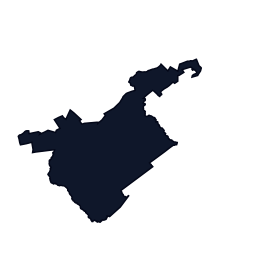 outline of Soy, Rift Valley, Kenya, rotated 233°
{"feature_id": "3690345B57881492347127", "entity_name": "Soy", "entity_type": "district", "adm_level": 2, "iso_a3": "KEN", "parent_name": "Kenya", "parent_adm1": "Rift Valley", "projection": "orthographic", "projection_center": [35.247, 0.733], "detail": "fine", "context": "isolated", "style": "filled", "palette": "ink", "viewbox_px": 256, "rotation_deg": 233, "n_neighbors": 0, "source": "geoboundaries", "source_scale": "gbopen_adm2", "svg_char_len": 5788}
<svg xmlns="http://www.w3.org/2000/svg" viewBox="0 0 256 256"><g transform="rotate(233 128 128)"><path d="M68.3,55.0L68.4,55.9L69.1,56.4L68.9,56.9L69.1,57.4L69.7,57.8L69.7,58.2L70.2,58.4L69.6,59.0L69.0,59.8L68.7,59.7L68.3,60.0L69.5,74.2L73.6,88.3L73.7,86.5L73.5,86.0L73.6,85.5L73.8,85.2L73.8,84.6L74.8,84.6L75.1,84.4L75.2,83.9L76.3,83.6L77.9,84.1L78.2,83.9L79.2,83.9L79.7,84.1L80.0,84.1L80.3,84.4L80.7,84.5L81.1,84.5L81.6,84.4L82.4,85.0L82.2,124.5L83.3,124.5L83.8,124.2L84.2,124.2L84.9,124.5L85.4,124.3L86.3,124.1L86.8,124.1L87.2,124.2L87.0,142.5L87.1,149.7L87.0,153.8L86.3,154.7L86.0,156.0L85.4,156.8L86.3,158.1L86.8,158.6L87.3,158.2L87.6,157.8L88.4,157.3L88.9,156.4L89.6,156.3L90.3,155.9L90.7,155.9L91.4,155.4L92.0,155.7L92.3,155.5L92.6,155.0L94.2,154.0L94.5,154.3L95.0,154.3L95.4,154.0L95.7,154.0L96.8,154.7L97.3,154.8L97.9,154.7L98.8,153.9L100.1,153.6L100.5,153.8L100.7,154.2L100.9,154.7L101.4,154.7L102.0,154.5L102.7,154.1L103.1,154.2L103.8,154.7L104.0,155.2L104.3,155.2L104.7,155.4L106.0,155.3L107.3,155.3L107.6,155.0L108.0,154.5L108.4,154.3L109.4,154.2L110.3,154.0L111.1,154.6L111.6,154.7L112.6,154.4L113.1,154.5L113.9,154.8L115.1,155.4L115.4,155.2L115.8,154.2L116.0,153.9L116.5,154.2L116.7,154.6L117.1,154.7L117.7,155.4L118.1,155.4L118.4,155.0L118.9,155.3L119.2,155.0L119.4,154.6L119.7,154.9L119.8,155.5L120.2,155.5L120.8,155.1L121.2,154.7L122.0,154.3L122.9,154.1L123.8,153.7L124.5,153.0L125.2,152.7L125.5,152.4L125.6,152.0L125.6,151.2L125.5,150.7L125.8,150.3L126.0,149.7L126.3,149.5L126.8,149.4L127.1,149.2L128.0,149.1L128.9,150.3L129.4,150.5L130.1,150.6L130.2,151.0L130.4,151.5L130.9,151.7L131.4,151.7L133.1,151.3L133.6,151.4L134.1,151.7L134.2,152.1L135.5,152.8L136.2,153.6L136.2,155.7L136.7,156.1L137.2,156.2L137.6,155.8L137.8,155.3L138.0,155.1L138.5,154.9L138.8,155.2L139.4,156.3L140.0,156.8L139.9,157.3L139.6,157.6L139.6,158.0L139.8,158.5L140.5,159.1L141.0,159.3L141.5,159.1L141.9,158.8L142.5,158.1L142.8,160.3L142.9,160.7L143.1,164.1L143.3,170.2L142.3,170.8L137.7,171.6L136.0,171.7L134.8,172.1L134.4,172.1L134.1,172.3L134.4,173.0L134.5,173.6L134.4,175.0L134.8,175.3L136.8,175.5L137.2,175.7L137.5,177.2L137.5,180.7L137.1,183.9L137.1,186.6L137.6,191.5L135.6,192.2L135.4,195.9L139.9,199.3L139.3,200.5L138.8,206.1L142.0,206.4L139.0,214.7L136.3,215.4L136.2,214.4L135.3,214.4L135.0,216.0L134.5,215.9L134.2,216.0L134.0,216.4L131.6,216.5L131.1,216.4L130.7,216.1L130.6,215.6L130.6,215.0L131.2,212.7L131.2,211.1L130.9,210.6L130.1,209.7L128.0,215.3L128.3,215.7L129.9,220.2L131.3,222.0L131.8,222.6L132.4,222.7L134.8,222.2L135.2,222.2L141.7,224.0L141.9,223.6L142.7,220.0L144.0,218.5L144.5,217.1L145.6,215.6L147.3,209.6L147.9,207.7L143.4,202.0L151.3,198.6L149.6,194.2L159.1,192.8L158.7,192.0L158.5,191.1L158.3,188.7L158.5,187.6L158.5,187.0L159.1,185.7L159.7,183.9L160.2,183.1L160.7,181.5L161.1,180.1L161.5,179.1L161.7,178.6L161.6,177.6L161.6,177.1L162.2,175.7L163.1,174.7L163.7,173.5L165.1,172.1L166.5,171.0L166.7,170.7L166.9,170.3L167.0,168.2L166.7,167.8L166.0,167.0L165.8,166.4L165.9,165.0L165.6,163.3L165.3,162.9L165.4,162.6L166.1,162.0L166.5,160.9L166.5,160.2L166.1,159.4L165.0,158.0L164.5,156.6L164.2,156.3L163.8,156.4L163.1,156.7L162.0,156.8L160.8,156.1L160.4,156.0L159.9,156.3L159.5,156.7L158.5,157.1L158.3,157.8L157.9,158.1L157.1,158.0L156.7,157.8L153.8,156.3L153.9,155.7L154.9,153.4L156.2,149.1L156.6,147.4L156.5,146.7L156.0,143.0L155.2,141.6L153.3,136.7L152.3,128.7L153.7,117.5L151.5,117.4L151.1,115.5L150.1,112.1L149.8,106.7L150.6,107.5L151.7,106.0L158.0,95.9L158.8,93.5L163.0,93.6L163.0,95.6L172.5,93.9L177.2,92.7L172.3,83.6L175.0,82.8L177.2,82.9L178.2,78.9L179.0,74.2L168.6,73.5L169.3,69.5L168.0,67.4L174.3,62.7L175.0,58.6L176.1,53.9L176.6,55.2L179.0,54.1L183.0,45.6L185.5,47.0L186.4,45.9L187.0,44.9L187.1,44.5L187.2,43.5L186.9,42.0L186.9,41.4L186.8,41.0L186.9,40.5L186.8,40.1L187.0,39.3L187.0,38.5L187.7,37.1L187.4,35.4L184.6,34.3L181.4,32.7L179.3,32.0L176.7,37.3L174.5,42.6L167.9,39.2L165.8,37.0L164.4,39.8L155.8,54.7L154.8,56.2L154.4,55.6L154.1,55.4L153.7,55.1L153.6,54.3L153.4,53.8L153.6,53.3L152.9,52.8L152.5,53.1L152.3,52.7L151.9,52.8L151.6,52.3L151.6,51.9L151.3,51.4L150.9,51.2L150.5,50.5L150.7,50.0L150.6,49.7L150.3,49.4L150.3,48.7L149.8,48.7L149.4,47.8L149.6,47.3L149.2,46.7L149.0,46.1L149.5,45.9L149.2,45.4L147.2,44.0L147.0,43.6L145.4,42.9L144.9,43.1L144.0,42.7L143.6,42.9L143.0,42.8L142.7,42.5L142.5,42.2L142.3,41.3L141.7,41.2L141.2,40.7L140.3,39.2L140.0,38.7L139.6,37.0L138.9,36.0L138.4,36.2L135.3,36.0L134.8,35.7L134.7,35.2L134.5,34.9L134.0,34.9L133.7,35.0L133.1,34.4L132.2,34.1L131.6,34.1L130.9,33.7L130.1,33.9L130.0,34.2L129.7,34.4L128.6,34.7L128.2,34.8L128.1,35.9L127.3,36.2L127.5,36.7L127.2,37.1L126.6,37.1L125.2,37.5L124.8,37.4L123.1,38.6L122.8,39.6L122.5,40.1L121.6,40.7L120.3,42.1L119.6,42.5L118.4,42.7L117.3,43.1L117.0,43.0L115.9,43.2L115.2,42.9L114.4,42.3L113.1,42.4L112.8,42.6L112.1,42.4L111.8,42.2L110.8,41.8L109.7,41.7L109.3,41.8L107.7,42.0L107.3,41.8L106.9,41.9L106.4,41.7L106.2,41.4L105.8,41.2L105.6,40.8L105.3,40.8L104.8,40.5L104.4,40.4L104.0,40.6L103.5,40.6L103.0,40.4L101.6,41.0L101.2,40.8L100.8,40.8L99.7,41.1L99.4,41.4L98.8,42.1L98.2,41.8L97.8,41.9L97.4,42.1L96.0,42.8L95.5,42.7L94.9,43.0L94.3,42.9L92.9,42.0L92.0,41.8L90.9,42.3L90.6,42.7L89.9,42.7L88.7,43.1L88.2,43.0L87.7,43.2L87.8,43.6L87.0,44.0L86.6,43.9L85.8,43.3L84.8,43.6L83.8,43.8L83.4,43.7L83.0,43.9L81.9,43.9L81.5,43.7L81.3,43.1L80.4,42.6L79.9,42.7L79.5,43.1L78.8,43.3L77.8,43.4L77.3,43.4L76.8,43.1L76.2,43.0L74.9,43.0L74.5,43.6L75.0,44.3L74.6,44.7L74.6,45.6L74.4,46.0L73.4,46.2L73.0,46.4L72.6,46.9L71.9,46.7L71.4,46.9L71.5,47.3L71.6,47.7L71.1,47.7L70.8,48.0L70.7,48.4L70.4,48.6L69.6,48.9L69.5,49.5L69.8,50.3L69.7,50.7L70.1,50.8L69.8,51.2L70.0,51.6L69.9,52.0L69.9,52.5L69.5,52.6L69.1,53.1L68.7,53.9L68.8,54.4L68.3,55.0Z" fill="#0f172a" stroke="#020617" stroke-width="1.5"/></g></svg>